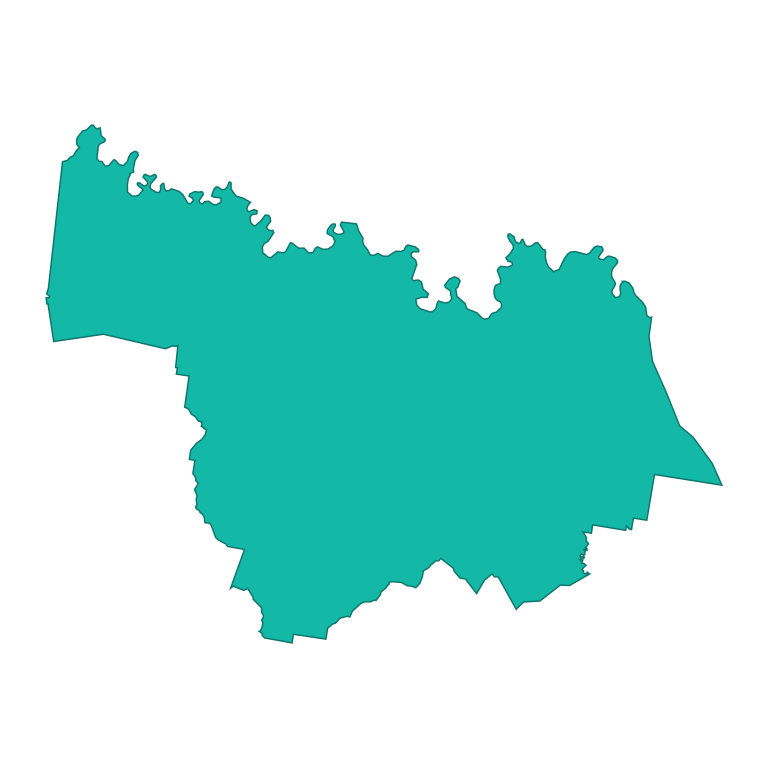 the district of Wodonga, Victoria, Australia
{"feature_id": "25037944B99055337236234", "entity_name": "Wodonga", "entity_type": "district", "adm_level": 2, "iso_a3": "AUS", "parent_name": "Australia", "parent_adm1": "Victoria", "projection": "orthographic", "projection_center": [146.883, -36.145], "detail": "fine", "context": "isolated", "style": "filled", "palette": "teal", "viewbox_px": 768, "rotation_deg": 0, "n_neighbors": 0, "source": "geoboundaries", "source_scale": "gbopen_adm2", "svg_char_len": 6104}
<svg xmlns="http://www.w3.org/2000/svg" viewBox="0 0 768 768"><path d="M257.1,210.7L254.0,209.6L249.0,211.7L247.5,210.9L246.9,209.4L247.5,206.2L250.4,202.3L243.4,198.3L236.0,196.0L231.1,189.3L231.0,182.6L229.7,182.0L228.9,182.5L227.4,186.8L225.0,189.4L221.8,189.6L217.3,186.8L215.6,187.3L213.7,189.8L211.5,195.9L214.0,197.2L220.1,197.8L221.0,198.7L221.0,202.0L216.6,204.7L213.3,204.7L208.5,201.2L204.7,201.7L202.7,204.0L199.9,203.0L199.1,200.5L203.3,194.5L202.9,192.4L201.4,191.6L198.9,192.2L194.7,191.6L189.6,194.1L189.2,196.3L192.4,198.1L193.5,200.4L190.7,203.6L188.0,203.4L182.9,194.8L179.3,191.5L171.3,188.8L168.8,190.7L165.8,190.9L164.5,188.7L163.7,183.4L162.4,183.6L160.4,185.8L160.7,189.6L159.3,192.6L155.8,192.1L151.1,189.1L150.0,187.0L150.7,183.9L156.3,177.2L156.2,175.6L154.9,174.4L150.0,176.5L145.4,174.4L144.2,174.7L143.1,177.1L147.7,182.1L147.3,184.7L144.1,186.2L139.6,182.9L137.6,183.0L137.2,183.9L138.0,185.5L143.1,189.7L139.2,194.7L136.1,196.1L132.2,196.1L127.5,192.2L127.4,184.2L128.5,178.0L130.2,175.0L129.8,173.6L133.6,172.0L133.4,168.5L135.0,160.6L138.3,155.1L137.5,152.3L134.8,151.3L131.1,153.3L128.9,156.7L127.4,161.5L123.3,165.6L119.2,164.6L115.4,160.3L113.9,159.7L108.8,165.6L105.5,166.4L101.8,161.5L99.0,161.3L96.9,158.6L98.3,146.4L99.5,144.2L104.9,141.5L105.2,139.2L101.2,135.7L100.2,127.9L97.0,128.8L95.0,127.7L93.5,125.3L91.5,125.1L86.5,129.9L82.5,131.0L77.8,137.0L76.7,139.4L76.6,142.5L77.1,145.0L79.5,147.5L76.6,150.3L73.4,155.7L70.0,157.4L67.4,160.4L62.5,161.7L48.4,288.4L46.6,293.8L49.6,296.3L49.0,297.6L46.1,297.8L46.9,303.9L48.0,303.8L53.7,341.5L103.3,334.2L165.3,348.7L172.5,345.9L176.2,346.4L177.9,345.4L175.6,367.5L177.4,367.7L176.3,374.1L189.1,376.0L184.7,407.2L188.5,409.0L191.2,414.0L195.4,416.8L198.4,421.1L201.7,422.1L202.0,425.0L201.2,426.1L206.5,430.1L205.1,434.9L201.8,439.5L196.7,443.0L190.7,450.2L189.3,459.4L194.9,460.3L192.9,473.4L195.8,477.9L195.6,480.5L198.3,483.5L194.6,489.5L197.2,496.0L196.2,499.3L196.9,504.7L195.7,506.9L196.3,508.9L198.8,510.1L200.2,512.6L202.3,514.0L204.3,517.4L204.9,522.7L209.5,523.2L211.3,525.4L215.7,537.5L218.1,539.8L225.9,544.0L227.6,546.4L244.5,549.5L230.6,588.2L233.2,586.2L243.8,590.4L247.7,588.5L253.2,597.3L253.2,599.3L261.6,607.8L261.6,612.3L263.3,615.0L263.4,617.0L261.7,620.1L262.9,622.8L261.8,628.0L260.4,630.8L259.1,631.3L262.2,633.6L262.2,635.4L264.5,637.9L292.1,642.9L293.4,634.3L325.9,639.1L327.7,628.1L332.8,623.9L335.4,623.2L339.9,618.2L347.0,616.3L349.9,616.9L352.4,611.1L360.9,603.4L364.3,601.9L370.6,601.8L373.6,600.3L376.1,600.4L380.3,594.8L381.0,591.9L386.2,587.7L387.7,585.1L388.9,584.4L389.1,582.3L391.8,581.7L401.3,582.4L407.5,585.8L411.5,586.1L415.8,587.7L419.9,583.2L422.4,576.7L423.4,570.8L428.5,567.9L430.8,565.0L435.8,560.9L438.9,560.7L440.9,558.4L453.2,568.1L454.4,571.5L459.9,578.0L465.5,579.0L476.6,593.6L484.6,580.0L492.0,574.0L494.6,576.9L498.2,576.8L516.2,609.3L523.5,602.0L539.9,601.0L560.3,585.1L569.5,585.5L589.7,573.9L587.1,572.2L586.5,573.9L583.5,573.3L583.6,571.0L581.8,569.3L586.0,565.2L583.6,563.3L581.6,563.4L582.8,560.1L580.7,560.6L579.8,559.4L584.3,557.8L584.0,556.4L581.0,557.1L580.1,556.3L580.3,555.2L581.7,553.9L583.3,555.1L584.9,554.4L584.6,552.9L585.5,551.0L583.9,549.5L584.8,549.0L587.0,550.2L587.0,548.5L585.4,547.5L588.2,544.4L588.4,543.2L586.7,541.8L586.0,538.9L586.5,537.7L582.9,531.8L591.4,533.2L592.6,524.9L625.7,530.3L626.4,525.9L629.4,529.1L631.5,529.6L633.4,518.1L646.8,520.2L654.5,474.5L721.9,485.2L712.2,463.3L693.0,437.1L679.7,425.9L666.9,393.9L652.5,361.3L649.0,336.5L651.6,317.1L649.9,317.7L646.9,315.7L645.6,307.0L642.2,301.9L635.7,295.6L633.9,292.4L632.9,288.2L629.2,283.1L624.9,281.2L622.5,281.4L623.0,281.8L621.0,284.0L620.1,286.4L620.0,289.3L620.8,292.9L619.4,296.7L615.6,297.6L612.3,294.0L611.9,290.6L615.0,285.4L615.4,283.2L611.6,276.4L611.6,271.9L612.9,268.4L617.5,262.9L617.5,260.4L615.3,258.0L609.4,256.1L607.6,256.4L603.2,259.9L599.4,258.8L598.7,257.9L599.0,256.2L602.9,250.6L602.8,248.5L601.4,246.7L597.3,246.1L594.3,247.1L589.8,252.9L586.6,254.6L575.4,251.6L570.4,252.1L567.7,254.1L564.2,258.9L559.1,269.5L553.7,271.7L548.4,266.8L546.5,262.6L545.2,256.4L545.6,252.4L545.1,249.8L543.0,249.5L537.9,242.9L535.7,242.7L531.0,246.2L527.1,246.4L525.3,245.0L522.9,239.4L521.6,239.8L520.4,242.9L518.3,243.4L515.3,241.4L514.0,236.8L509.9,233.9L508.2,234.1L507.7,236.3L510.0,241.3L513.0,244.6L513.4,248.4L509.9,253.8L505.9,257.9L507.7,260.9L511.9,262.4L512.5,265.0L508.2,267.2L500.8,266.3L498.3,268.5L497.4,270.7L500.5,279.1L500.5,282.7L499.8,284.1L497.9,284.2L495.2,285.8L494.0,290.1L494.1,294.1L495.4,298.5L497.6,300.6L500.5,301.7L501.6,304.4L501.3,307.5L496.5,312.1L492.7,313.1L491.1,314.5L488.8,318.2L485.2,319.2L482.0,318.0L476.9,312.8L467.5,309.1L466.2,307.5L465.4,303.8L457.0,296.4L455.7,288.9L457.9,287.1L460.1,280.9L458.3,278.5L454.5,276.8L449.5,279.0L444.8,285.1L445.3,287.3L450.2,290.7L450.9,292.4L450.5,293.9L451.8,298.5L449.5,301.9L445.0,303.1L438.6,301.0L437.6,302.0L435.7,309.0L432.3,311.8L429.8,311.9L419.8,308.6L416.7,304.9L415.8,299.2L421.4,297.3L427.3,297.4L428.3,293.6L423.1,289.2L421.5,282.1L418.3,280.0L413.3,280.7L411.8,278.7L416.8,264.4L415.6,260.2L411.5,256.6L411.1,253.7L413.1,251.8L418.4,251.8L418.9,250.9L418.3,249.3L415.0,246.8L407.8,245.0L406.0,246.3L403.9,250.4L400.9,251.4L395.7,251.3L387.6,256.4L382.9,256.0L377.6,253.5L374.0,255.3L370.3,255.1L367.5,249.7L363.5,244.7L362.6,240.9L363.0,238.2L358.8,231.2L356.5,223.9L341.6,222.1L340.3,225.1L343.9,231.2L343.5,233.0L341.3,234.2L337.1,234.2L333.7,232.3L333.0,229.9L335.4,225.9L335.1,224.1L333.0,223.9L330.5,225.5L327.4,230.2L327.2,233.6L332.9,236.6L335.0,241.7L332.9,246.0L327.7,249.2L322.7,249.3L317.4,246.8L315.3,248.3L312.9,252.7L308.6,252.9L304.2,248.2L298.5,248.1L292.0,243.0L290.4,242.8L285.7,251.6L283.7,252.9L277.8,251.9L271.3,257.5L268.1,257.3L264.3,253.8L262.9,253.6L262.3,247.0L264.2,243.6L268.0,241.4L273.8,232.6L272.9,230.4L270.0,230.6L267.7,229.4L266.5,226.9L270.6,221.3L270.1,217.5L268.7,215.4L265.2,215.1L261.1,220.7L255.3,225.8L253.9,225.9L250.8,222.8L250.0,217.6L251.6,214.8L256.8,213.8L257.1,210.7Z" fill="#14b8a6" stroke="#0f766e" stroke-width="1.5"/></svg>